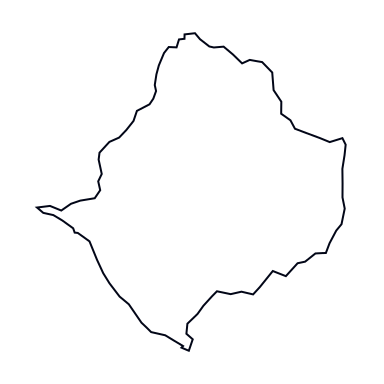 the district of Stavrokonnou, Paphos, Cyprus, rotated 274°
{"feature_id": "46923920B66998759901759", "entity_name": "Stavrokonnou", "entity_type": "district", "adm_level": 2, "iso_a3": "CYP", "parent_name": "Cyprus", "parent_adm1": "Paphos", "projection": "equal_earth", "projection_center": [32.616, 34.788], "detail": "fine", "context": "isolated", "style": "outline", "palette": "ink", "viewbox_px": 384, "rotation_deg": 274, "n_neighbors": 0, "source": "geoboundaries", "source_scale": "gbopen_adm2", "svg_char_len": 1280}
<svg xmlns="http://www.w3.org/2000/svg" viewBox="0 0 384 384"><g transform="rotate(274 192 192)"><path d="M36.0,192.4L33.4,199.9L45.1,203.0L50.2,196.3L60.3,196.6L70.7,206.0L79.3,211.3L89.3,219.2L94.7,223.8L92.8,237.7L96.0,248.3L94.1,260.1L101.9,266.3L118.8,278.1L114.6,291.5L128.3,302.3L130.4,309.7L139.3,319.4L140.1,325.8L140.5,329.8L150.5,332.8L163.6,338.6L170.3,343.4L186.1,345.5L197.1,342.5L211.1,341.6L225.6,340.4L239.3,341.6L249.9,342.0L256.2,338.3L251.4,325.9L254.7,315.9L258.8,301.9L262.3,290.3L270.4,285.2L276.3,275.5L288.3,274.8L299.3,266.3L316.8,263.7L326.5,252.9L327.0,247.7L327.8,240.4L323.8,233.0L332.0,223.3L339.2,213.4L337.7,203.7L338.4,199.1L345.0,189.3L350.6,183.9L348.7,173.6L344.3,173.8L343.3,168.4L335.2,166.5L335.0,158.7L328.7,154.4L316.0,150.1L306.9,148.3L296.1,147.4L290.2,149.1L282.4,146.9L276.5,143.5L269.1,131.4L258.8,128.7L249.3,122.2L241.2,115.5L236.2,106.1L224.8,97.0L217.8,96.6L203.7,100.7L196.1,97.7L187.4,100.3L179.0,95.4L175.6,81.1L171.8,72.1L164.4,62.9L168.2,51.3L165.7,38.5L160.8,45.1L159.3,55.3L154.5,64.7L147.5,76.0L143.3,77.8L143.2,80.9L135.6,93.2L117.7,102.0L104.8,109.1L95.1,116.1L82.6,127.1L75.6,136.8L58.1,150.7L53.4,156.4L49.4,161.0L47.2,175.3L42.6,184.2L37.7,193.8L36.0,192.4Z" fill="none" stroke="#020617" stroke-width="2"/></g></svg>